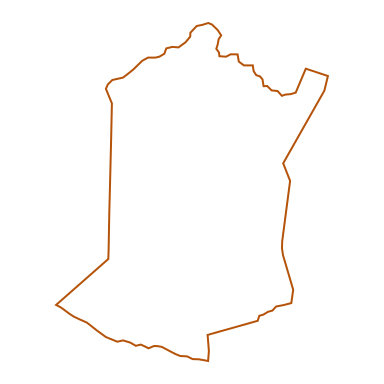 São Fernando, Rio Grande do Norte, Brazil
{"feature_id": "56859067B56455685528650", "entity_name": "São Fernando", "entity_type": "district", "adm_level": 2, "iso_a3": "BRA", "parent_name": "Brazil", "parent_adm1": "Rio Grande do Norte", "projection": "albers", "projection_center": [-37.147, -6.315], "detail": "fine", "context": "isolated", "style": "outline", "palette": "amber", "viewbox_px": 384, "rotation_deg": 0, "n_neighbors": 0, "source": "geoboundaries", "source_scale": "gbopen_adm2", "svg_char_len": 1256}
<svg xmlns="http://www.w3.org/2000/svg" viewBox="0 0 384 384"><path d="M327.9,76.0L305.8,68.7L295.7,92.6L290.8,94.1L285.3,94.6L281.9,95.8L277.5,91.0L271.6,90.4L267.2,86.0L263.6,86.2L262.5,79.4L260.1,76.5L256.2,75.1L253.6,71.1L252.8,65.4L243.9,65.4L238.8,61.6L237.6,54.4L230.7,54.3L226.0,56.7L219.4,56.2L219.0,52.5L216.3,48.8L217.7,44.5L218.6,39.3L221.2,35.4L217.8,30.2L212.1,24.6L208.2,23.0L202.6,24.8L196.7,26.0L190.4,32.7L190.2,36.7L185.5,42.3L178.5,47.4L172.2,46.9L166.3,48.4L164.3,53.8L159.3,56.7L155.4,57.6L148.0,57.6L142.2,60.8L133.3,69.5L127.1,74.5L123.0,77.6L112.3,80.0L107.8,84.5L105.9,88.8L111.9,103.4L111.1,140.5L109.7,197.2L109.3,211.9L108.6,250.6L108.3,259.0L56.1,304.9L60.6,307.3L63.7,309.5L69.6,313.9L73.8,316.6L78.4,318.8L86.9,322.6L97.3,330.8L106.0,337.1L117.3,341.7L123.1,340.4L130.3,342.6L135.8,345.8L140.8,344.6L144.8,346.4L148.5,348.3L154.0,346.0L158.2,346.2L161.8,346.9L175.3,354.0L180.2,356.0L187.2,356.4L192.6,359.1L199.0,359.3L208.1,361.0L208.9,351.0L207.6,334.9L257.7,320.8L259.3,315.8L263.4,314.6L268.0,311.8L272.4,310.6L276.1,306.5L283.5,305.1L291.3,303.1L293.2,289.8L289.9,278.5L283.0,255.2L282.0,248.4L282.2,241.3L290.1,180.9L283.2,163.3L321.1,96.4L324.4,90.6L327.9,76.0Z" fill="none" stroke="#b45309" stroke-width="2"/></svg>